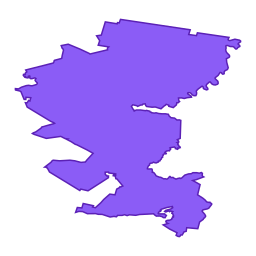 outline of Plāņu pag., Strencu, Latvia
{"feature_id": "27541924B27973755781373", "entity_name": "Plāņu pag.", "entity_type": "district", "adm_level": 2, "iso_a3": "LVA", "parent_name": "Latvia", "parent_adm1": "Strencu", "projection": "robinson", "projection_center": [25.864, 57.579], "detail": "fine", "context": "isolated", "style": "filled", "palette": "violet", "viewbox_px": 256, "rotation_deg": 0, "n_neighbors": 0, "source": "geoboundaries", "source_scale": "gbopen_adm2", "svg_char_len": 5841}
<svg xmlns="http://www.w3.org/2000/svg" viewBox="0 0 256 256"><path d="M201.3,172.5L199.4,173.2L196.7,172.7L192.9,172.7L191.3,173.7L188.5,173.9L184.8,175.1L181.7,178.0L180.8,178.5L179.9,178.0L179.0,178.3L178.2,178.3L176.0,179.1L173.5,177.9L173.0,177.4L171.1,177.6L170.1,176.5L169.7,176.5L168.9,177.3L168.8,177.6L167.4,178.9L166.7,179.1L165.1,178.7L163.8,178.9L160.8,177.3L159.5,177.2L156.2,175.9L155.7,175.3L155.5,174.7L154.0,172.8L152.3,172.2L152.6,171.6L152.3,171.2L152.3,170.0L152.0,169.1L151.3,168.9L148.4,169.0L147.4,168.8L147.4,168.2L148.3,166.0L149.6,165.0L149.5,164.1L150.2,163.3L152.3,163.0L153.4,162.2L155.1,162.8L156.2,162.9L158.4,162.0L158.4,161.2L159.9,160.9L160.5,159.7L161.2,159.2L161.7,157.7L162.6,157.3L162.6,156.1L163.3,155.1L163.2,154.6L164.6,153.7L165.8,153.9L166.2,153.7L166.3,153.5L165.8,152.9L164.9,152.5L165.3,151.9L166.4,151.1L168.4,150.7L169.5,150.8L169.9,149.9L170.6,149.3L170.5,148.5L169.9,147.9L170.1,147.7L174.4,147.0L175.2,147.6L175.5,148.3L175.4,148.6L177.6,149.3L178.0,148.8L177.7,148.1L179.0,148.1L179.6,147.7L180.2,147.6L179.9,146.7L178.8,146.1L178.6,145.1L177.8,144.7L178.0,144.1L177.8,143.7L178.2,143.0L177.3,142.5L178.7,142.1L178.7,141.2L177.3,139.7L180.2,138.4L180.8,120.4L179.4,119.9L176.9,120.0L174.6,118.1L171.0,117.7L169.0,115.8L168.4,114.3L165.4,113.8L161.9,113.8L158.7,113.5L156.1,112.8L154.2,113.1L151.6,112.7L151.4,112.3L150.3,112.1L149.8,111.2L146.5,110.4L145.5,110.7L140.4,110.0L136.3,110.0L134.2,111.0L133.9,110.0L133.6,110.0L131.4,106.4L132.8,104.8L136.8,105.7L137.6,106.4L140.5,105.1L142.4,104.9L142.9,104.1L145.2,103.8L145.7,105.5L146.6,106.5L152.1,107.2L155.3,107.0L161.0,108.8L164.6,105.6L165.2,105.4L166.2,104.3L168.9,105.3L168.8,106.3L173.3,107.6L176.4,104.9L176.8,102.7L178.0,102.8L179.5,101.6L179.2,101.4L178.7,99.9L178.5,98.0L181.6,97.9L184.2,98.5L187.1,97.7L191.5,97.2L191.3,96.4L190.9,96.0L187.9,94.0L187.6,93.5L187.7,93.0L188.2,92.7L189.0,92.6L190.5,92.9L192.2,94.7L193.3,95.5L194.7,95.7L195.9,95.6L196.6,94.0L196.6,92.6L196.3,91.8L196.4,90.8L198.4,88.8L201.9,86.3L202.4,86.3L202.9,86.7L203.2,87.2L203.3,88.2L203.9,88.9L206.5,89.9L207.7,89.5L207.9,89.1L207.7,88.2L206.6,86.9L206.1,85.6L206.7,84.4L209.4,82.0L210.1,81.9L210.4,82.1L211.7,83.8L213.3,84.7L215.3,85.0L217.6,84.2L218.2,83.2L217.9,81.3L215.2,78.7L215.1,78.0L215.3,77.6L218.1,75.4L220.1,72.4L221.6,72.8L221.8,73.4L222.5,74.1L223.8,74.0L224.2,73.5L224.1,72.4L224.3,71.6L225.2,70.6L227.3,69.6L227.8,68.8L228.2,67.7L226.7,62.2L226.4,58.7L228.9,57.5L229.5,56.9L229.6,56.2L229.4,55.3L226.8,52.7L226.1,51.5L225.7,49.7L226.1,48.1L225.8,46.1L226.2,45.6L227.7,45.5L230.1,46.5L232.9,46.6L233.7,46.9L235.7,49.0L236.5,49.0L237.1,48.6L238.0,47.4L239.8,46.5L239.9,46.1L239.5,45.3L238.3,44.4L238.1,43.9L238.3,43.5L238.7,43.1L240.6,41.8L240.6,41.0L239.6,40.2L234.9,39.2L229.9,40.6L229.2,40.5L228.2,39.9L228.1,39.2L229.0,37.4L197.4,32.8L196.5,35.6L188.7,34.5L190.2,29.8L120.5,19.4L119.2,22.9L117.5,22.6L117.2,23.8L105.3,21.9L101.3,35.1L96.6,35.8L99.7,40.7L98.2,45.2L108.7,46.9L107.6,48.0L107.4,48.9L107.6,49.8L90.0,54.0L89.2,53.4L80.0,49.1L68.2,44.2L61.2,45.6L62.2,48.3L62.8,48.7L63.5,50.1L62.2,55.5L61.7,58.4L54.5,60.3L54.2,60.6L54.0,61.7L53.3,63.0L25.7,70.0L26.8,71.9L25.4,73.0L25.2,73.7L25.3,74.2L23.5,74.4L23.3,75.4L24.3,76.6L25.1,76.2L25.7,76.8L25.3,77.4L27.3,77.9L28.4,77.7L28.2,76.4L29.2,75.9L29.9,76.2L29.8,77.3L30.1,78.3L30.5,78.6L31.9,78.7L34.8,77.9L35.7,78.3L36.0,78.6L35.2,79.7L35.1,80.4L35.7,81.3L37.2,82.8L37.3,83.4L36.9,84.1L36.2,84.6L32.5,85.7L31.3,85.8L28.6,85.3L26.3,85.6L21.4,87.2L18.5,88.9L15.4,88.6L15.4,89.8L15.5,90.0L19.8,91.0L20.9,91.6L24.1,99.4L25.8,99.5L26.0,97.3L30.8,97.7L29.9,101.0L28.6,100.4L27.1,102.8L25.4,102.7L27.2,107.1L51.0,121.5L53.6,122.6L54.6,123.3L54.0,123.6L41.8,127.0L41.1,128.1L35.6,132.0L33.4,132.8L32.4,133.5L34.2,134.4L46.3,138.4L60.8,136.4L64.9,138.5L67.5,138.9L66.6,139.3L71.2,141.7L75.2,144.3L76.6,144.7L87.0,149.9L93.1,153.3L86.8,160.1L85.5,161.8L85.2,161.9L85.2,162.0L81.0,162.4L74.8,160.8L69.9,160.2L59.6,160.8L53.1,160.2L51.7,161.2L51.2,162.1L44.7,167.1L46.9,167.3L46.8,167.8L47.6,168.5L49.5,172.0L79.8,190.5L80.8,189.1L88.0,190.8L108.4,177.7L108.5,176.0L107.1,176.1L106.6,175.7L106.7,175.4L106.0,175.2L105.2,174.2L105.2,172.2L108.4,172.1L108.8,172.4L108.9,173.0L113.9,173.6L113.2,175.7L114.1,175.9L114.7,173.7L115.7,173.9L115.5,174.6L115.8,175.1L115.3,176.2L115.8,178.7L117.0,179.0L122.8,186.0L120.7,187.0L120.0,186.7L119.1,187.8L116.7,189.1L115.0,194.8L109.8,194.1L103.7,199.5L100.9,202.7L95.4,207.7L92.6,207.0L93.4,205.7L83.2,203.5L81.9,207.9L77.3,207.5L75.6,212.4L78.9,211.4L82.7,211.6L87.4,213.7L95.6,213.6L98.2,214.3L102.2,214.4L110.1,217.0L114.0,216.4L116.4,216.8L116.7,216.6L117.5,215.4L122.1,215.4L124.6,214.7L127.1,215.6L129.4,214.8L135.7,215.3L139.5,214.5L153.6,213.8L154.5,214.8L156.3,216.1L159.5,216.0L162.2,216.7L163.3,217.6L165.1,217.7L166.4,215.4L165.1,214.6L164.7,213.9L158.7,213.9L158.2,213.6L158.6,212.2L160.6,211.3L161.0,210.6L160.3,210.2L161.2,209.3L166.9,207.5L172.4,206.5L172.7,207.7L170.7,209.0L165.6,210.4L164.6,211.5L165.8,212.0L168.5,210.9L169.7,211.7L170.3,211.0L172.8,211.6L172.0,212.7L171.8,213.3L172.9,213.9L172.9,214.3L173.5,215.5L172.8,216.3L173.5,216.9L171.8,218.3L172.0,218.9L171.1,219.6L169.0,220.4L168.9,220.2L168.1,220.2L166.2,220.7L165.8,221.8L166.4,222.0L167.0,223.2L167.8,223.5L163.2,224.9L169.7,229.1L177.0,232.7L176.1,235.4L178.0,236.4L179.4,236.6L179.9,236.3L180.9,234.9L182.2,235.0L184.0,231.9L186.2,231.3L186.7,227.7L197.8,228.7L199.6,222.0L203.2,219.4L203.8,218.2L204.5,217.9L205.6,216.4L205.6,215.9L204.7,214.2L202.4,211.6L202.1,211.0L203.1,209.8L207.3,208.9L208.8,208.2L211.7,204.4L211.6,203.6L210.1,202.7L210.0,202.3L208.0,202.3L206.6,201.8L205.2,200.1L202.9,198.2L197.6,194.8L200.1,184.6L192.7,180.5L196.4,179.6L203.7,176.9L202.7,176.3L202.2,175.6L202.4,173.3L201.3,172.5Z" fill="#8b5cf6" stroke="#5b21b6" stroke-width="1.5"/></svg>